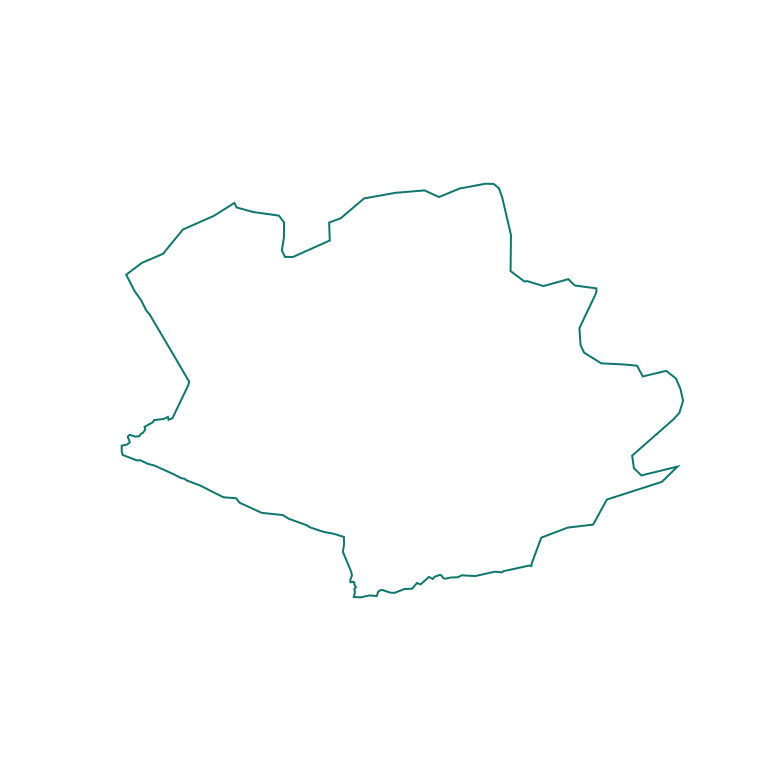 Menchum, Nord-Ouest, Cameroon, rotated 245°
{"feature_id": "32672807B61384913593218", "entity_name": "Menchum", "entity_type": "district", "adm_level": 2, "iso_a3": "CMR", "parent_name": "Cameroon", "parent_adm1": "Nord-Ouest", "projection": "mercator", "projection_center": [10.029, 6.605], "detail": "fine", "context": "isolated", "style": "outline", "palette": "teal", "viewbox_px": 768, "rotation_deg": 245, "n_neighbors": 0, "source": "geoboundaries", "source_scale": "gbopen_adm2", "svg_char_len": 2134}
<svg xmlns="http://www.w3.org/2000/svg" viewBox="0 0 768 768"><g transform="rotate(245 384 384)"><path d="M611.3,324.9L610.5,318.3L608.3,300.7L609.0,267.0L595.4,238.7L596.1,215.7L592.0,196.5L577.3,197.1L573.9,197.2L562.4,199.3L560.8,199.3L551.0,199.6L545.8,201.0L500.7,205.4L468.4,208.4L465.7,206.2L442.4,177.8L442.6,173.6L445.5,174.2L445.4,169.7L448.4,160.5L447.0,158.2L446.4,148.9L445.8,148.8L443.6,148.3L441.7,145.1L441.6,142.7L440.1,140.0L441.3,136.5L445.4,132.0L445.0,130.1L444.3,129.4L439.1,129.1L438.2,128.3L437.8,125.6L438.9,120.2L434.1,117.9L430.2,117.1L419.1,127.8L418.0,130.8L411.4,136.3L407.0,141.6L390.4,155.8L384.4,160.3L382.4,163.3L380.1,164.3L369.9,174.3L361.6,180.8L349.3,190.5L342.9,201.7L337.5,202.9L335.6,204.5L318.9,218.7L309.2,234.9L307.9,237.0L302.0,240.8L288.4,254.5L285.9,255.8L275.4,266.9L269.3,275.4L262.3,283.0L256.1,280.3L255.3,279.8L249.2,275.8L227.5,274.9L224.0,274.0L220.8,270.7L218.5,269.8L217.6,272.7L216.4,273.2L215.2,272.4L211.7,272.7L211.0,270.6L207.7,269.7L203.8,266.6L200.6,272.4L200.2,274.1L198.5,281.5L194.9,287.8L198.1,290.9L198.7,292.9L197.9,295.6L192.4,301.3L190.3,305.2L189.5,316.0L186.6,323.0L189.7,329.8L186.9,332.5L190.2,343.2L186.7,345.8L187.9,348.5L187.4,353.8L186.4,355.1L182.9,355.7L181.5,357.5L180.4,362.7L177.6,369.4L177.8,373.5L171.4,385.5L167.1,405.0L166.7,405.7L163.4,411.4L163.9,413.1L159.1,434.3L158.1,438.8L156.7,440.6L158.9,442.0L169.4,452.6L178.3,461.6L176.2,489.8L168.2,514.1L185.1,537.2L177.9,594.4L185.1,615.1L192.4,578.6L202.1,574.9L214.2,578.6L229.5,630.9L233.0,639.5L242.5,648.0L254.4,650.6L265.7,650.9L269.2,649.1L276.7,645.2L281.5,621.7L293.6,621.1L300.0,610.2L301.8,606.9L310.9,589.6L327.9,578.6L336.3,578.6L352.0,584.7L376.2,613.9L378.3,615.8L381.0,616.8L392.6,598.6L401.1,595.3L405.4,569.9L416.6,557.4L417.6,554.6L432.8,546.4L465.3,562.0L502.8,569.9L512.9,570.9L519.0,567.9L522.7,560.4L529.2,535.2L530.2,512.8L542.3,502.6L552.5,475.0L559.9,447.0L560.6,444.4L552.5,414.8L553.5,402.5L537.0,395.5L537.6,355.2L541.0,347.9L548.3,347.9L559.0,355.2L572.8,361.7L581.0,359.9L595.1,338.2L606.3,325.0L611.3,324.9Z" fill="none" stroke="#0f766e" stroke-width="2"/></g></svg>